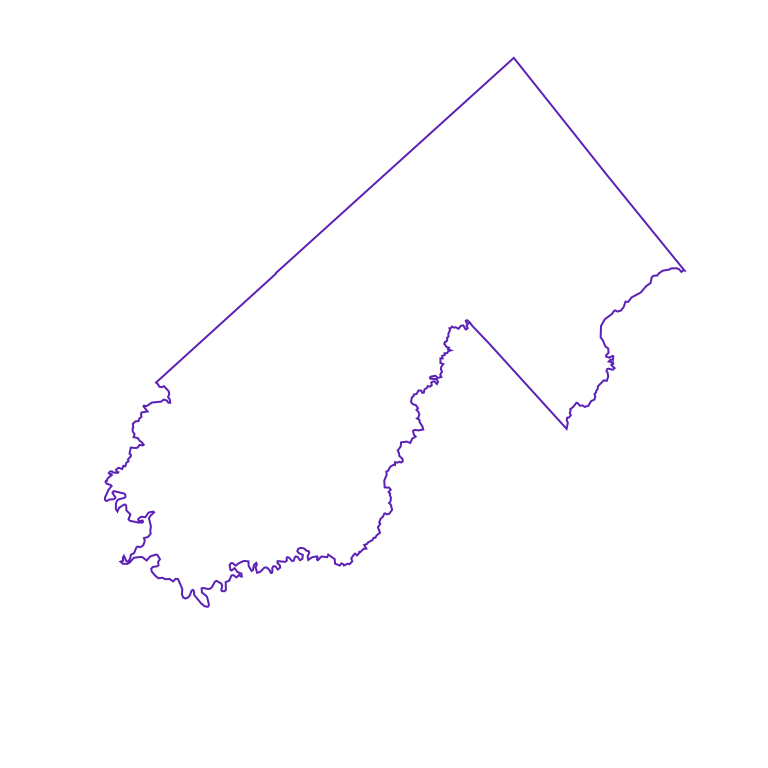 San Luis, Petén, Guatemala (Albers equal-area conic projection), rotated 318°
{"feature_id": "79465075B4836456001209", "entity_name": "San Luis", "entity_type": "district", "adm_level": 2, "iso_a3": "GTM", "parent_name": "Guatemala", "parent_adm1": "Petén", "projection": "albers", "projection_center": [-89.769, 16.056], "detail": "fine", "context": "isolated", "style": "outline", "palette": "violet", "viewbox_px": 768, "rotation_deg": 318, "n_neighbors": 0, "source": "geoboundaries", "source_scale": "gbopen_adm2", "svg_char_len": 6123}
<svg xmlns="http://www.w3.org/2000/svg" viewBox="0 0 768 768"><g transform="rotate(318 384 384)"><path d="M551.6,530.7L555.5,528.6L557.8,525.1L557.9,523.4L559.6,522.3L561.1,522.8L563.6,526.5L566.0,526.5L565.5,522.1L566.1,521.6L567.8,522.4L568.7,521.3L566.1,517.7L568.5,517.5L570.3,519.3L572.9,516.9L572.6,516.0L569.1,515.2L567.4,512.2L568.5,511.2L571.7,511.1L574.4,507.6L573.7,504.1L575.9,497.7L576.1,494.4L584.1,486.1L591.5,483.6L600.0,484.5L604.0,483.6L605.1,484.1L606.0,486.4L609.1,487.9L613.3,487.3L618.6,484.4L620.5,486.4L625.8,485.3L636.1,487.8L644.4,486.7L649.7,487.3L654.1,484.0L656.6,483.8L659.8,486.3L662.2,485.7L666.8,486.2L672.6,489.9L674.6,490.1L678.9,493.8L680.1,496.2L680.0,499.7L682.3,499.9L683.2,500.8L689.5,377.8L698.7,228.5L377.8,229.2L377.3,229.7L215.5,230.4L215.9,233.0L215.2,235.6L216.8,237.8L219.0,238.3L219.2,245.1L217.7,247.8L214.9,249.1L214.4,252.2L212.6,254.9L211.2,253.6L211.5,250.8L209.8,248.2L206.6,248.0L199.1,242.5L192.8,241.6L191.1,239.4L190.3,239.7L189.9,246.2L184.9,243.0L183.6,243.4L181.6,246.2L179.2,245.9L176.7,247.3L174.4,245.5L170.7,245.5L168.3,248.8L167.2,248.9L165.4,251.5L165.1,254.4L162.4,255.9L164.9,259.6L164.4,262.7L165.0,265.3L164.8,268.4L163.9,268.4L161.5,265.7L158.6,266.5L156.7,265.5L153.3,261.8L148.3,265.5L148.5,267.2L147.6,268.3L143.1,268.8L142.4,270.5L139.8,270.1L136.7,272.1L135.6,270.4L132.5,272.0L130.8,268.7L127.5,268.4L126.7,270.5L127.5,271.8L126.8,272.0L123.7,268.8L123.3,266.7L121.6,265.7L119.8,266.1L119.9,267.8L121.2,268.5L120.9,269.6L116.5,269.2L114.8,269.4L113.5,270.6L112.6,269.9L111.5,270.4L111.1,272.4L113.3,276.3L113.3,277.6L108.6,278.2L100.9,281.6L99.3,283.2L99.1,284.7L100.2,285.7L102.6,286.1L106.1,288.8L108.0,289.0L108.6,288.6L109.3,283.2L111.4,282.7L117.6,291.5L117.7,293.0L116.3,294.9L115.0,294.9L109.4,292.1L107.3,292.2L104.9,293.4L101.1,297.4L100.6,300.4L104.4,298.7L110.0,299.7L111.2,300.6L110.7,302.4L108.0,305.4L108.3,311.2L103.6,313.6L103.6,315.5L108.6,322.4L111.7,325.3L112.9,325.0L113.2,323.8L110.9,322.6L110.3,321.1L110.6,320.2L112.1,319.8L114.9,320.3L117.5,323.3L122.4,322.1L124.0,322.4L127.2,324.5L127.2,325.6L122.4,325.6L119.5,326.5L115.6,333.7L111.9,336.9L110.5,339.1L106.4,339.8L102.5,337.9L101.2,340.6L97.1,342.8L93.7,342.2L91.9,339.8L90.6,339.8L85.3,342.4L81.6,341.6L78.4,343.9L75.7,344.7L74.5,344.2L74.1,342.9L75.7,337.7L73.8,338.3L71.8,340.8L69.3,339.7L69.7,342.9L72.9,345.9L75.5,346.5L81.8,345.8L87.4,349.6L88.6,351.1L89.5,356.3L94.8,355.7L100.4,358.1L101.2,359.3L100.3,364.3L97.0,365.1L95.1,367.9L93.4,367.7L89.8,365.3L87.4,365.5L85.9,368.0L85.7,373.2L86.4,377.5L89.7,379.7L90.8,382.7L94.2,385.4L95.2,389.6L98.9,389.4L100.4,391.1L97.0,401.3L93.1,405.1L91.9,408.2L92.8,410.5L95.3,411.5L98.2,411.2L102.8,408.8L104.2,409.1L104.3,410.5L101.8,413.8L101.3,424.5L102.0,429.2L103.8,431.5L104.6,431.8L106.3,430.8L109.5,424.9L110.2,422.9L109.2,417.1L111.7,413.8L112.8,414.2L116.2,418.8L118.0,419.8L120.4,419.8L126.2,417.7L127.9,418.3L129.5,423.4L128.8,425.6L125.1,428.4L125.0,429.5L126.7,431.2L128.6,431.3L133.8,425.3L137.4,426.6L142.5,424.2L144.2,425.2L144.9,429.0L148.5,428.8L148.6,430.9L149.5,431.9L151.2,429.4L149.3,425.8L149.7,420.9L145.9,420.6L145.5,419.4L148.2,415.1L150.6,414.8L151.6,415.8L152.2,419.7L156.1,420.0L161.5,421.7L164.6,425.1L161.7,428.6L160.5,434.3L162.2,434.6L166.1,431.5L169.3,431.4L168.9,432.9L165.8,434.4L163.4,439.5L166.5,440.8L172.0,440.4L173.4,441.1L174.3,442.8L174.3,446.4L173.5,448.3L174.0,449.3L175.0,449.2L177.9,446.0L179.7,445.4L181.3,446.8L180.9,450.8L184.0,451.0L185.2,449.2L185.1,445.4L186.5,444.5L191.6,450.1L193.6,450.2L195.3,448.0L196.5,448.1L197.2,449.4L197.3,454.3L198.7,454.9L201.6,453.2L203.2,453.1L204.2,454.9L203.6,458.7L206.4,459.3L209.3,456.7L207.5,452.7L207.7,450.3L209.6,449.1L212.2,449.8L214.5,452.6L214.9,456.1L216.2,458.0L215.5,459.5L211.9,460.9L210.0,464.1L214.4,464.6L218.9,467.2L219.0,468.0L216.7,469.6L217.0,470.8L222.0,470.3L225.9,474.7L228.4,473.5L230.2,481.2L227.4,484.7L229.6,489.3L232.4,488.9L233.2,490.8L232.8,492.1L236.9,493.3L237.8,494.9L241.8,494.5L243.0,491.7L247.0,490.7L249.1,490.7L249.2,493.3L252.0,493.1L253.4,492.2L253.9,493.1L258.6,492.9L260.7,494.5L261.6,490.4L264.4,491.5L266.0,491.0L270.8,492.2L273.5,491.4L274.8,492.5L277.2,491.5L281.5,491.9L283.7,486.3L287.6,485.5L287.7,483.8L290.9,482.0L294.8,481.8L297.4,480.5L298.4,481.0L298.9,482.8L301.1,483.9L305.9,482.9L308.3,478.2L308.1,475.8L310.0,475.7L313.0,473.3L314.0,470.5L315.2,469.7L315.1,467.3L318.3,467.0L318.5,464.5L315.3,461.3L319.6,455.9L325.2,453.3L327.1,450.7L328.9,451.2L333.2,449.7L337.1,450.4L338.0,451.6L339.9,449.5L341.3,451.4L343.5,452.2L344.2,453.8L346.2,454.0L347.7,452.0L347.2,447.9L349.0,445.3L349.6,442.7L354.6,441.6L357.6,438.8L362.4,442.1L364.1,445.4L368.3,443.5L372.3,444.3L372.2,441.8L374.2,438.3L376.1,438.6L378.5,441.5L382.7,444.1L384.1,441.4L385.0,436.2L386.4,434.4L385.5,431.7L387.1,431.9L389.9,430.3L391.0,427.4L390.8,425.0L393.1,424.8L393.5,421.0L391.9,418.3L392.0,415.5L395.7,412.6L397.8,412.8L399.0,411.8L401.6,413.2L405.3,411.9L407.3,413.9L406.5,416.0L407.7,417.1L410.6,415.1L413.5,415.7L415.1,414.8L416.5,416.8L418.6,416.9L420.1,414.6L421.5,414.6L423.3,415.9L423.3,419.4L425.6,418.6L426.3,415.6L421.9,410.9L422.5,409.9L424.0,410.0L427.7,412.3L427.9,415.3L431.3,417.2L432.0,414.7L435.4,413.6L436.0,411.3L437.9,409.6L441.4,408.9L440.0,406.1L443.1,402.7L444.7,404.2L446.0,402.0L448.7,403.1L449.5,401.7L451.7,403.3L453.9,402.6L456.2,403.8L454.9,401.0L456.6,400.5L455.3,398.6L455.6,394.5L457.5,393.5L458.4,394.2L460.4,393.7L461.7,391.9L463.7,391.9L465.2,389.9L469.1,388.1L469.9,386.4L470.9,387.2L472.9,386.8L473.8,389.0L475.2,389.7L476.3,392.8L480.0,392.2L482.1,393.4L481.2,398.1L481.9,398.5L483.6,398.5L484.3,395.8L486.8,395.6L486.3,393.5L487.1,391.7L487.8,391.8L488.6,392.5L489.0,395.5L488.5,399.4L489.2,423.8L489.7,539.5L494.7,535.8L495.5,533.3L497.5,531.6L499.2,532.7L501.9,532.3L502.7,529.8L504.9,528.6L505.5,527.4L509.5,527.6L514.4,526.7L515.1,527.5L515.1,531.2L517.1,532.7L517.9,535.4L521.3,536.9L526.5,535.3L530.1,536.4L532.8,534.5L533.6,532.3L536.1,532.1L536.9,531.2L539.5,530.6L541.5,528.8L549.9,528.4L551.6,530.7Z" fill="none" stroke="#5b21b6" stroke-width="2"/></g></svg>